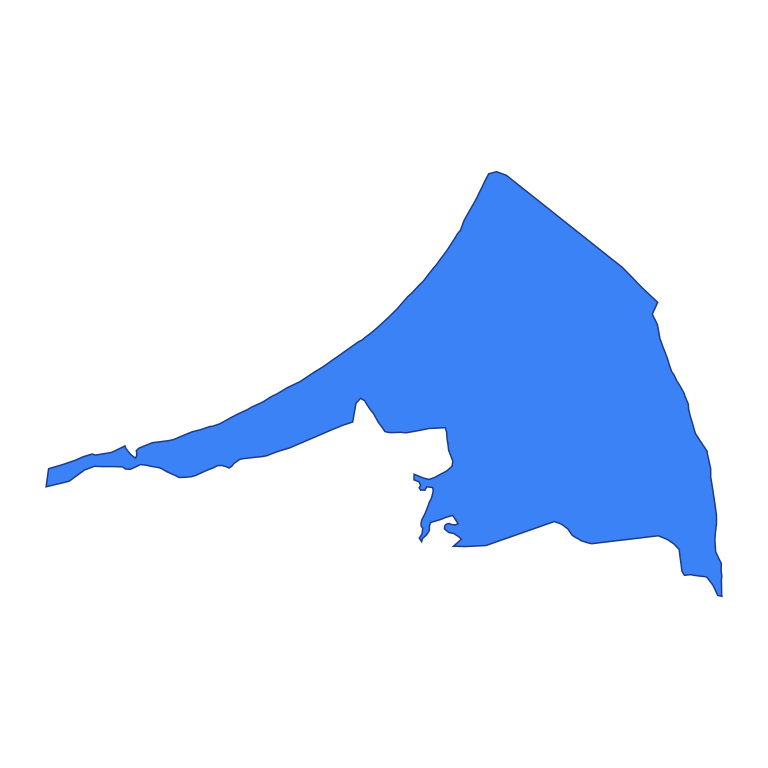 the district of Idku, Al Buhayrah, Egypt
{"feature_id": "37247803B4110362295427", "entity_name": "Idku", "entity_type": "district", "adm_level": 2, "iso_a3": "EGY", "parent_name": "Egypt", "parent_adm1": "Al Buhayrah", "projection": "robinson", "projection_center": [30.316, 31.299], "detail": "fine", "context": "isolated", "style": "filled", "palette": "blue", "viewbox_px": 768, "rotation_deg": 0, "n_neighbors": 0, "source": "geoboundaries", "source_scale": "gbopen_adm2", "svg_char_len": 4189}
<svg xmlns="http://www.w3.org/2000/svg" viewBox="0 0 768 768"><path d="M721.9,596.3L721.6,594.2L721.6,590.7L721.5,584.9L721.4,581.5L721.3,580.0L721.7,577.8L721.9,576.4L721.5,573.6L721.2,571.0L721.1,569.0L721.2,566.5L721.3,563.5L718.5,557.8L715.7,551.9L715.3,546.4L715.1,543.7L714.9,540.3L715.1,536.7L715.3,533.7L715.7,530.1L716.2,526.0L716.5,524.3L716.5,519.2L716.4,514.7L714.7,502.4L713.6,495.2L712.2,486.0L711.1,479.4L710.7,477.1L710.7,475.5L710.7,468.8L708.0,456.6L707.0,452.1L707.2,451.3L705.8,449.3L705.2,448.3L704.1,446.7L702.8,444.9L701.8,443.1L699.8,440.4L699.0,439.0L696.4,435.0L695.6,433.9L694.6,430.9L693.1,425.4L690.4,416.5L688.9,410.5L688.7,409.7L688.3,404.1L684.7,395.5L684.3,393.7L681.6,388.8L680.9,387.4L678.1,382.8L677.1,381.5L674.6,376.1L674.1,375.1L671.4,371.1L670.9,369.4L669.4,365.0L667.8,359.7L667.2,357.9L665.0,352.1L663.0,347.0L660.6,340.3L660.0,339.0L659.8,337.8L659.2,334.4L658.5,330.5L657.6,325.6L657.4,324.7L656.7,323.1L652.3,314.2L653.8,310.9L657.7,302.4L654.6,299.4L650.8,295.9L647.5,292.8L642.1,287.7L637.1,282.6L633.6,278.9L623.0,268.1L622.5,267.5L617.1,263.2L612.6,259.7L606.3,254.7L534.2,197.4L509.1,177.5L507.1,175.9L506.1,175.2L504.5,174.6L500.9,173.3L496.4,171.7L492.8,172.7L488.7,173.8L485.9,179.1L484.2,182.4L481.9,187.4L479.3,192.5L476.9,197.6L475.3,200.6L470.0,209.9L466.9,215.4L464.1,220.4L460.5,230.2L457.6,233.6L453.9,239.7L446.9,250.5L441.1,258.2L436.3,264.9L434.0,267.4L429.7,272.8L423.5,280.9L419.5,284.8L411.3,293.6L410.3,294.3L407.7,296.7L403.8,301.2L397.1,308.9L388.1,317.7L378.2,326.9L370.4,333.5L365.6,337.0L362.1,340.0L358.1,342.0L338.8,355.7L332.2,360.3L322.1,367.4L314.1,372.2L308.6,375.9L299.9,381.7L295.0,384.0L288.0,387.3L276.9,393.9L270.6,397.0L263.5,401.6L260.7,403.0L251.6,407.1L247.0,409.8L239.3,413.3L231.3,417.4L219.8,423.8L212.4,426.3L210.0,426.5L200.2,429.8L195.3,431.0L192.4,431.7L182.6,435.7L173.5,439.6L168.3,440.7L152.3,442.7L138.8,448.2L136.3,450.7L136.6,452.4L136.8,455.2L135.6,458.1L133.3,456.6L130.2,454.0L128.5,451.8L125.9,448.5L125.0,445.9L111.8,452.3L108.7,452.9L95.4,455.1L92.3,454.0L83.3,456.7L75.7,460.1L62.6,464.6L48.6,468.7L46.1,486.8L69.2,481.2L84.5,470.0L94.4,466.3L99.3,466.5L101.8,466.6L109.3,466.6L114.0,466.6L118.0,466.7L122.6,466.9L125.4,469.0L130.4,469.3L138.2,465.7L140.3,464.5L146.8,465.3L150.7,466.3L156.8,467.2L160.7,468.2L167.4,472.0L175.1,475.4L179.2,477.5L185.1,477.3L191.4,476.7L195.6,475.5L201.1,472.9L209.1,469.4L213.5,467.8L217.3,465.7L221.6,465.4L225.8,466.6L229.1,468.0L231.6,466.4L233.9,463.5L239.9,459.3L243.1,458.7L256.8,457.1L261.5,456.7L266.8,455.7L275.0,452.5L280.9,450.5L289.4,448.0L323.4,433.4L331.3,430.0L342.7,425.3L352.7,422.0L356.0,403.3L360.6,398.3L364.6,400.7L367.2,405.0L370.6,410.1L373.5,413.6L378.3,422.3L383.1,428.7L384.8,431.5L388.7,432.5L392.7,432.6L400.2,432.3L406.2,432.8L420.1,430.3L428.8,428.5L445.3,427.7L446.7,432.6L447.0,438.5L448.0,444.6L448.6,450.2L450.7,455.6L452.8,461.2L452.0,466.3L446.5,471.1L441.3,473.8L434.4,477.6L429.0,479.4L423.6,478.1L418.1,475.9L414.1,474.2L414.0,479.9L419.0,481.8L420.6,485.5L419.2,487.8L420.6,490.2L421.7,490.0L424.8,490.3L426.8,486.8L432.7,487.5L433.2,491.0L431.6,497.8L429.3,502.2L427.8,506.6L426.3,510.4L425.2,513.2L423.9,515.8L421.7,520.1L421.0,523.6L421.2,526.2L422.7,528.2L422.1,533.7L419.3,538.1L421.6,541.7L422.6,538.4L426.4,535.1L429.3,530.6L429.5,525.5L430.8,522.4L434.8,521.3L441.2,519.3L445.9,517.4L452.7,515.4L458.1,523.7L455.3,524.9L451.5,524.5L449.2,523.5L446.3,524.2L444.8,525.7L444.4,528.8L448.8,532.5L453.5,533.4L456.2,535.1L459.0,536.9L461.4,539.2L453.4,546.3L456.9,546.3L459.5,546.4L461.7,546.4L464.3,546.6L486.1,545.5L554.4,521.5L560.8,523.9L562.6,524.9L563.7,525.8L567.9,529.0L572.1,535.2L574.9,537.1L579.8,539.7L580.4,540.4L582.9,541.3L585.8,542.2L588.0,542.9L590.7,543.5L591.8,543.7L617.5,540.6L628.8,539.3L645.5,537.3L652.7,536.4L658.3,535.8L659.1,536.1L666.5,539.1L667.8,539.8L674.0,544.0L675.1,545.2L679.1,549.4L680.2,557.9L681.1,564.5L681.9,571.1L683.4,573.7L684.4,575.3L688.7,574.8L689.9,574.8L691.0,574.7L693.4,575.2L698.3,575.9L703.4,576.5L706.6,576.9L709.0,580.0L711.5,583.3L713.0,585.4L713.7,586.7L715.4,590.4L717.7,595.4L721.9,596.3Z" fill="#3b82f6" stroke="#1e3a8a" stroke-width="1.5"/></svg>